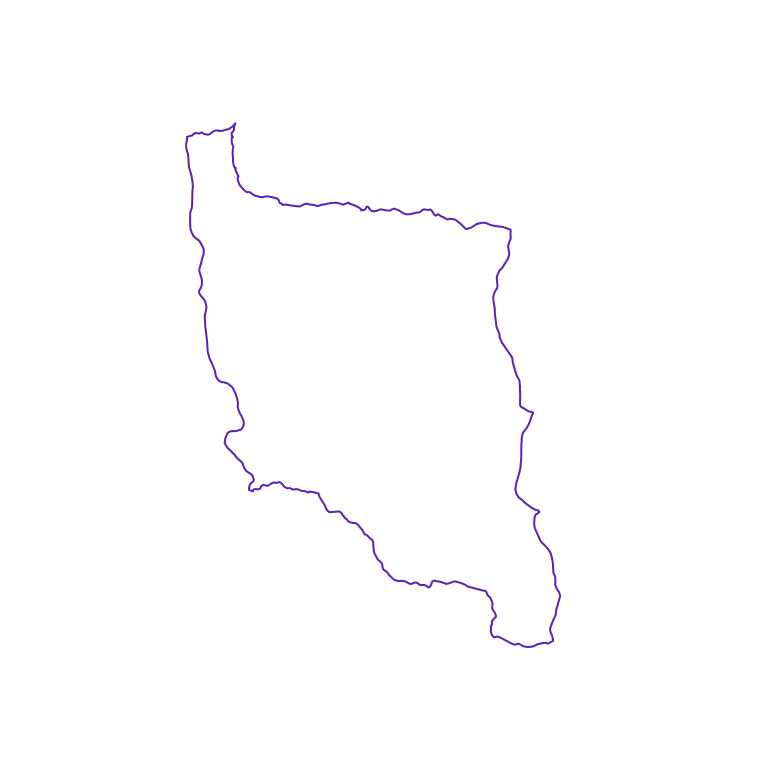 Galán, Santander, Colombia (Natural Earth projection), rotated 161°
{"feature_id": "7082276B89750880052970", "entity_name": "Galán", "entity_type": "district", "adm_level": 2, "iso_a3": "COL", "parent_name": "Colombia", "parent_adm1": "Santander", "projection": "natural_earth1", "projection_center": [-73.323, 6.674], "detail": "fine", "context": "isolated", "style": "outline", "palette": "violet", "viewbox_px": 768, "rotation_deg": 161, "n_neighbors": 0, "source": "geoboundaries", "source_scale": "gbopen_adm2", "svg_char_len": 6144}
<svg xmlns="http://www.w3.org/2000/svg" viewBox="0 0 768 768"><g transform="rotate(161 384 384)"><path d="M546.0,327.8L543.4,325.5L542.7,325.4L542.4,326.0L541.4,326.8L540.4,326.7L537.1,325.3L535.1,325.4L533.9,326.8L532.4,327.7L530.8,327.8L527.7,325.7L526.2,325.8L521.5,326.8L520.0,326.7L519.0,325.9L517.5,325.5L514.5,325.3L512.9,322.6L512.2,320.3L511.2,318.6L510.2,317.5L508.9,316.8L507.0,316.3L505.2,314.5L503.7,313.6L501.6,313.3L500.0,312.6L496.6,309.7L493.2,308.2L491.3,306.2L489.9,306.2L489.3,306.5L488.4,306.1L484.0,303.5L481.5,301.7L481.7,298.1L479.6,289.2L479.0,283.6L478.5,282.2L477.6,281.0L476.4,280.3L467.9,278.1L466.5,276.5L466.0,275.2L465.8,273.4L465.1,272.2L464.6,269.9L463.3,268.2L462.4,265.6L460.3,263.7L458.8,262.7L456.9,262.3L455.6,261.0L454.6,259.6L451.8,252.3L451.4,248.6L449.1,246.2L447.6,242.9L445.8,240.3L445.8,237.5L447.2,232.8L448.1,228.5L448.1,226.9L447.4,222.1L446.9,219.8L445.4,217.6L444.7,216.0L444.4,214.4L445.2,209.8L445.0,208.8L443.2,206.5L442.2,204.5L441.5,202.0L438.2,195.6L436.5,194.2L434.2,192.9L432.2,192.4L429.0,191.0L426.8,189.1L425.1,187.1L423.4,186.0L420.0,186.3L418.4,185.9L416.6,184.2L415.7,182.7L415.1,182.2L411.1,180.7L410.1,179.8L408.0,177.0L407.3,177.1L406.2,177.6L404.9,178.6L404.4,179.5L402.6,181.6L401.4,181.8L399.7,181.4L398.4,180.4L394.5,178.2L390.3,174.8L387.7,174.4L384.4,174.4L382.9,174.7L381.0,174.1L376.2,170.9L372.8,168.0L371.7,166.3L370.1,164.8L356.6,155.8L355.7,155.6L355.2,154.8L355.0,153.7L354.9,151.0L354.2,149.4L353.2,148.0L352.7,143.4L352.9,140.8L354.7,137.0L354.7,135.3L353.5,130.7L353.6,128.5L354.1,127.3L355.8,126.7L359.1,124.7L360.2,121.6L361.7,120.2L363.7,114.3L363.6,111.3L362.5,108.7L362.2,108.5L359.7,108.5L358.1,107.7L356.4,106.2L349.1,98.3L346.3,95.6L344.7,94.8L341.6,94.8L339.3,92.7L338.2,91.1L336.2,89.7L333.4,88.5L330.3,87.6L328.1,87.3L323.4,88.0L318.0,87.3L315.7,86.8L313.4,85.1L311.9,85.1L310.8,85.6L307.8,86.1L307.2,88.7L307.0,92.7L307.3,93.9L307.0,97.7L306.3,99.0L301.6,104.9L298.9,107.5L296.8,109.9L294.6,114.5L286.5,126.1L286.3,127.5L286.3,130.3L287.0,132.5L287.3,134.6L287.5,136.3L287.4,138.4L285.1,145.2L284.9,146.9L285.3,150.3L282.7,159.4L281.7,165.9L281.6,170.0L282.1,172.6L283.1,175.9L286.7,183.4L287.1,185.5L288.2,196.7L288.1,200.3L287.5,203.1L284.9,209.2L283.1,211.1L280.8,211.6L278.9,212.4L278.7,213.0L279.7,214.5L281.9,215.8L284.8,219.1L289.0,225.1L291.7,230.3L293.0,231.8L293.7,233.3L294.5,237.0L294.1,241.9L291.1,247.3L284.4,256.8L282.1,260.8L278.3,269.4L274.0,281.6L270.7,289.4L268.5,292.6L262.7,296.5L260.3,298.8L257.7,301.7L255.1,305.3L252.8,307.6L252.4,308.3L253.9,309.7L256.3,311.2L258.3,313.5L259.1,314.9L261.5,317.3L261.9,318.0L262.2,319.0L262.1,320.1L258.6,329.8L257.4,334.1L256.2,337.4L254.8,343.2L255.7,348.1L255.8,353.7L255.4,357.8L255.3,362.5L254.6,364.8L254.3,366.9L254.5,368.5L259.1,385.0L259.5,389.9L258.6,393.9L259.0,401.4L256.3,414.2L254.6,419.8L253.2,428.2L252.6,430.2L251.0,432.9L248.8,435.5L245.9,437.8L244.9,439.2L242.8,447.8L241.2,450.3L237.8,453.7L234.9,455.0L227.9,460.5L226.0,462.2L223.9,464.9L223.0,467.0L221.9,473.6L220.0,476.7L216.9,480.1L215.4,485.1L214.3,487.6L214.2,488.7L220.3,493.7L227.4,497.2L231.2,499.4L234.1,502.1L236.4,503.7L238.8,504.5L244.3,505.1L250.6,503.5L255.6,503.6L256.5,504.5L258.8,509.4L262.5,515.4L263.5,516.4L266.5,518.1L268.1,518.8L269.4,518.8L270.8,519.2L274.3,523.0L275.3,523.8L277.5,526.9L279.0,526.7L279.7,526.3L280.5,526.5L281.0,527.1L282.6,532.8L283.6,534.0L286.0,534.2L289.0,536.0L290.8,536.2L293.3,535.1L295.2,534.8L298.1,535.6L302.5,535.8L305.0,536.3L307.9,537.3L309.2,538.3L311.0,540.1L313.0,542.8L314.4,544.2L317.4,546.5L320.5,546.4L321.3,546.1L322.7,546.2L325.1,547.3L330.3,550.3L334.8,550.1L337.6,550.6L339.5,551.8L340.4,553.3L340.8,554.5L341.0,556.0L341.6,556.9L342.4,557.1L343.0,557.0L344.5,555.6L345.6,555.0L346.7,555.0L348.1,555.7L348.9,555.6L348.8,556.3L349.3,557.5L350.6,559.3L354.0,562.8L357.9,565.6L358.3,566.8L358.7,567.0L364.3,566.9L368.5,570.1L370.5,571.1L375.9,572.5L382.6,573.3L385.7,574.0L386.7,573.7L389.3,573.9L391.2,575.6L396.6,578.4L397.6,579.3L400.0,580.1L405.4,579.2L407.4,579.9L410.9,581.7L413.1,582.7L418.3,585.5L419.7,586.1L421.2,586.1L421.9,586.9L422.1,588.1L422.9,588.4L423.8,589.5L423.7,592.1L424.8,594.5L426.0,594.8L426.8,595.7L432.9,599.3L435.1,599.9L437.3,600.0L440.2,601.0L442.4,602.7L444.7,604.0L448.5,609.0L449.5,609.6L450.3,609.7L451.1,610.1L452.0,610.9L454.4,615.6L455.7,619.3L455.9,623.5L455.3,626.5L454.0,627.8L454.8,634.7L454.6,635.5L453.9,636.1L453.8,636.5L454.8,637.5L455.0,638.9L454.3,643.6L453.2,646.6L452.3,650.7L450.8,654.6L449.3,657.1L449.4,661.5L448.2,665.4L447.7,666.5L446.6,666.5L446.6,667.2L447.0,667.7L446.6,670.5L443.2,673.0L442.4,675.1L440.8,677.6L439.8,678.6L439.9,678.8L443.0,676.8L448.1,675.6L452.4,676.1L453.6,675.9L456.0,676.5L457.0,676.7L458.0,677.5L459.5,678.2L460.8,678.5L464.2,678.2L467.0,677.1L468.5,676.9L469.4,677.1L472.8,679.0L474.3,681.1L475.1,681.3L477.0,680.9L480.8,682.9L481.7,682.3L482.8,682.4L484.2,681.5L489.7,681.8L490.0,680.6L492.9,675.4L493.8,672.8L494.5,668.8L494.4,665.5L495.2,662.0L497.8,652.6L498.1,644.3L499.4,637.0L500.7,631.9L501.5,630.7L502.7,627.9L506.3,617.9L508.5,612.9L511.4,609.2L514.6,600.2L516.5,594.0L516.5,589.3L516.1,586.4L514.7,583.2L512.0,579.6L510.8,573.4L510.5,570.4L512.1,565.8L516.2,560.2L517.4,558.1L520.9,553.2L521.8,550.9L522.0,548.6L522.1,544.0L522.4,541.3L523.7,537.7L524.9,535.6L528.7,532.0L529.0,531.0L528.9,528.7L528.3,526.6L526.9,523.3L526.2,520.6L526.6,515.2L527.5,513.0L531.4,506.6L534.2,496.8L537.2,482.7L540.2,471.7L540.6,464.4L539.9,458.9L539.6,451.8L540.4,445.7L539.7,442.2L538.7,440.4L536.6,438.5L534.6,437.6L531.5,435.2L528.9,431.0L528.3,429.5L527.6,424.3L527.5,419.2L528.2,413.7L529.8,409.9L530.0,407.8L529.9,403.6L529.3,401.2L528.8,395.6L528.9,394.1L530.1,390.7L533.6,387.6L534.5,387.5L539.5,387.7L543.2,389.0L545.9,389.2L546.7,389.0L548.2,388.2L551.7,384.4L552.9,381.6L553.8,380.4L553.5,377.6L552.5,374.1L550.8,370.9L549.5,367.9L548.4,366.3L547.5,362.8L546.3,360.4L543.6,355.8L543.6,350.7L542.7,346.9L540.8,344.1L539.4,342.7L538.2,340.5L538.2,336.5L539.0,334.8L543.1,332.9L544.4,331.4L545.6,329.4L546.0,327.8Z" fill="none" stroke="#5b21b6" stroke-width="2"/></g></svg>